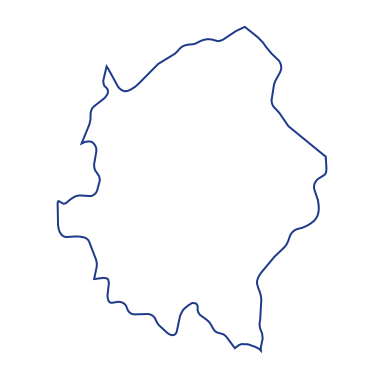 `Asir, Albers equal-area conic projection, rotated 357°
{"feature_id": "SAU-886", "entity_name": "`Asir", "entity_type": "Region", "adm_level": 1, "iso_a3": "SAU", "parent_name": "Saudi Arabia", "parent_adm1": "", "projection": "albers", "projection_center": [42.804, 19.207], "detail": "fine", "context": "isolated", "style": "outline", "palette": "blue", "viewbox_px": 384, "rotation_deg": 357, "n_neighbors": 0, "source": "natural_earth", "source_scale": "10m", "svg_char_len": 2978}
<svg xmlns="http://www.w3.org/2000/svg" viewBox="0 0 384 384"><g transform="rotate(357 192 192)"><path d="M252.5,354.1L250.8,352.2L247.1,350.0L240.7,347.3L239.2,346.9L236.3,346.8L234.7,346.4L232.7,346.7L230.8,347.4L226.6,350.2L219.3,339.2L217.8,337.3L216.0,335.8L209.3,333.4L207.7,332.1L206.4,330.4L203.5,324.6L202.3,322.7L200.1,320.5L193.4,315.0L192.0,312.6L191.4,310.4L191.7,306.6L191.2,304.9L190.1,303.5L186.7,302.8L186.0,303.0L182.0,305.3L178.3,308.0L176.8,309.6L175.6,311.4L173.6,315.0L169.6,330.1L168.9,331.9L167.6,333.3L166.0,333.9L164.3,333.9L162.3,333.1L160.2,331.7L152.0,323.3L150.5,321.0L149.5,318.9L148.8,317.0L147.7,315.0L146.1,313.3L143.6,312.0L141.5,311.5L127.8,311.2L125.8,310.7L124.0,309.7L122.1,307.5L121.3,305.6L120.2,302.2L119.6,301.3L118.3,299.8L116.0,298.5L114.0,297.9L112.1,297.8L106.2,298.5L104.5,298.1L103.1,296.7L102.4,294.2L102.2,292.1L102.3,290.0L104.2,279.0L104.1,277.2L103.8,275.5L102.9,274.0L99.5,273.1L89.7,273.8L92.8,262.2L93.2,259.6L93.1,257.2L92.6,254.4L86.7,236.3L85.8,234.5L84.3,233.0L82.6,232.0L80.9,231.4L77.2,230.6L73.4,230.3L63.9,230.4L62.2,229.9L60.5,228.9L59.1,227.4L58.1,225.6L57.4,223.7L56.9,221.8L56.5,218.0L57.2,196.6L57.5,195.0L58.2,194.1L59.6,194.8L61.1,195.9L62.8,196.9L64.5,196.9L66.1,196.1L70.5,192.8L74.4,190.6L76.3,190.0L78.2,189.6L80.1,189.6L89.7,190.7L90.9,190.7L92.2,190.4L93.8,189.7L95.4,188.5L96.7,186.9L97.5,185.1L100.5,175.8L100.5,173.6L100.0,171.3L96.3,165.1L95.9,163.3L95.6,160.9L95.8,158.7L98.5,146.8L98.7,144.9L98.6,143.1L98.0,141.1L97.0,139.3L95.7,137.7L94.7,136.9L93.4,136.4L91.8,136.1L88.1,136.3L84.3,137.8L93.1,119.0L94.4,114.4L94.9,107.9L95.6,105.4L96.9,103.0L98.8,101.2L109.0,94.1L110.8,92.4L112.8,89.6L113.4,87.3L113.1,85.2L112.0,83.5L109.9,81.3L109.3,78.6L109.2,76.2L113.3,62.1L114.9,64.8L123.6,82.9L125.0,84.7L126.7,86.2L128.4,87.2L130.3,87.9L132.8,87.7L135.6,86.8L140.3,84.2L143.2,82.1L165.0,62.3L182.0,53.1L184.4,51.1L187.7,47.8L189.8,46.3L192.2,45.3L195.3,44.7L200.6,44.5L201.9,44.3L203.7,43.8L208.8,41.5L211.6,40.7L215.3,40.2L217.7,40.4L220.0,40.8L225.5,42.7L228.0,42.5L230.9,41.5L244.4,33.5L253.4,29.9L266.0,41.1L270.8,46.6L273.5,51.0L278.6,57.8L285.8,65.6L286.9,67.8L287.5,69.8L287.6,71.4L287.6,73.2L287.6,73.6L286.9,75.4L286.2,77.1L281.2,85.1L279.6,88.6L276.3,104.3L276.3,106.6L277.0,109.4L278.3,111.6L283.3,117.5L291.7,131.3L325.9,162.4L327.4,163.5L327.5,175.0L327.2,178.0L326.6,180.1L325.8,181.2L324.4,182.3L318.7,185.4L316.7,187.2L314.6,190.5L314.1,192.9L314.1,195.1L317.3,206.7L317.7,210.8L317.8,214.0L317.5,217.4L316.9,220.0L316.1,222.2L315.0,224.0L313.7,225.8L312.1,227.4L308.3,230.0L304.3,232.0L300.5,233.4L294.5,234.7L292.5,235.6L290.5,237.0L288.6,239.1L287.4,241.3L285.4,246.2L284.4,248.1L283.4,249.7L280.7,252.6L270.9,261.0L257.0,276.0L254.7,279.0L253.0,282.3L252.2,284.9L252.2,287.2L253.1,291.2L254.4,295.2L255.3,299.0L255.6,302.8L253.4,323.2L252.6,326.8L252.6,329.3L252.8,331.5L254.6,337.1L254.9,342.0L252.5,351.2L252.5,354.1Z" fill="none" stroke="#1e3a8a" stroke-width="2"/></g></svg>